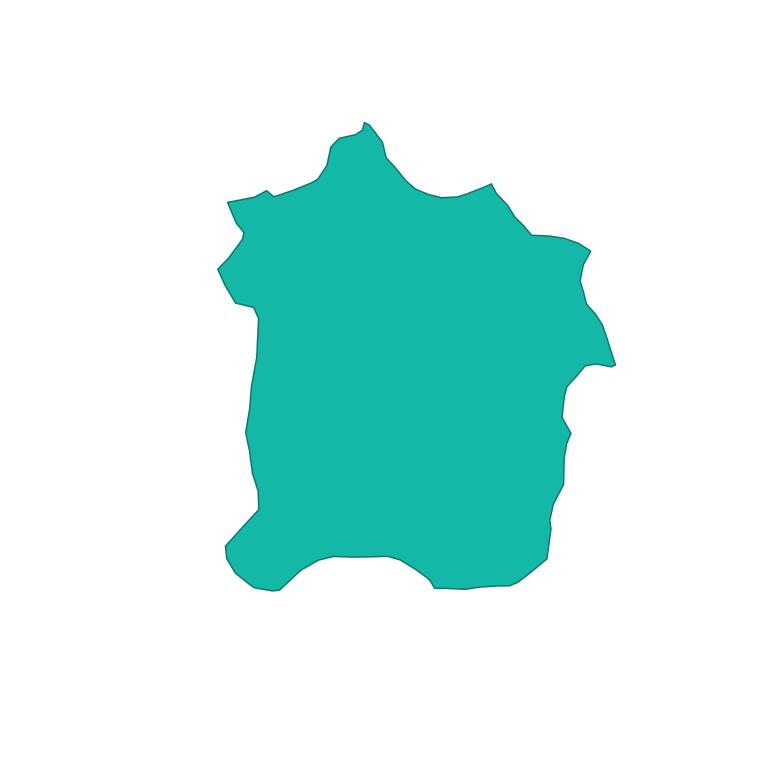 outline of Masally District, Masallı, Azerbaijan, rotated 314°
{"feature_id": "54616110B86237771899826", "entity_name": "Masally District", "entity_type": "district", "adm_level": 2, "iso_a3": "AZE", "parent_name": "Azerbaijan", "parent_adm1": "Masallı", "projection": "mercator", "projection_center": [48.706, 39.029], "detail": "fine", "context": "isolated", "style": "filled", "palette": "teal", "viewbox_px": 768, "rotation_deg": 314, "n_neighbors": 0, "source": "geoboundaries", "source_scale": "gbopen_adm2", "svg_char_len": 1539}
<svg xmlns="http://www.w3.org/2000/svg" viewBox="0 0 768 768"><g transform="rotate(314 384 384)"><path d="M441.5,165.3L428.3,161.0L406.0,145.3L397.1,165.9L395.7,178.0L389.9,181.6L367.2,184.7L351.1,184.7L344.5,201.3L339.1,221.0L348.5,237.1L344.0,248.3L327.1,263.1L315.0,273.8L290.1,290.4L272.7,304.7L253.1,318.1L242.4,333.8L228.5,351.2L219.6,367.8L206.7,381.2L182.6,381.7L157.2,382.6L155.8,384.3L149.2,392.0L144.7,408.5L146.5,427.3L147.4,432.3L157.7,447.5L163.0,452.0L188.0,453.3L193.3,453.8L211.6,459.1L224.5,467.2L226.6,469.4L237.5,481.5L249.5,493.6L262.4,506.1L268.7,517.8L272.7,536.1L274.5,549.5L274.5,554.0L272.3,562.5L275.2,565.5L280.0,570.5L292.8,585.1L304.5,594.0L316.8,605.2L325.9,614.4L334.5,618.1L353.0,620.7L371.3,622.7L376.2,619.1L379.4,616.8L395.6,604.9L401.3,597.8L415.0,589.4L436.6,582.9L455.5,565.4L468.0,556.8L478.3,552.8L483.7,535.3L490.9,529.6L500.3,522.4L509.1,517.5L524.0,517.0L536.5,516.1L545.6,522.4L554.2,535.6L555.9,536.3L558.5,537.3L565.0,525.0L571.9,512.4L578.2,500.1L581.0,488.0L582.2,474.0L588.7,463.7L594.4,453.4L608.4,444.5L622.1,440.8L623.3,440.4L623.2,440.4L620.2,426.0L613.9,412.3L605.4,400.3L593.5,386.8L594.8,374.7L595.0,361.8L598.4,348.8L599.1,332.6L602.5,322.3L591.8,317.8L578.4,311.6L569.3,306.7L557.8,295.8L550.7,283.2L546.1,271.2L545.4,258.2L547.6,240.5L548.2,228.5L556.9,214.8L560.1,193.7L558.4,188.4L551.6,192.1L543.2,190.1L529.8,181.2L517.4,181.2L501.6,191.1L490.4,193.2L485.2,194.1L478.3,192.1L460.5,184.2L442.1,174.7L441.5,165.3Z" fill="#14b8a6" stroke="#0f766e" stroke-width="1.5"/></g></svg>